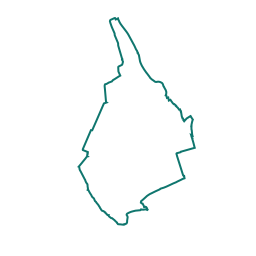 Beek, Limburg, Netherlands (Albers equal-area conic projection), rotated 124°
{"feature_id": "6326949B12958717233979", "entity_name": "Beek", "entity_type": "district", "adm_level": 2, "iso_a3": "NLD", "parent_name": "Netherlands", "parent_adm1": "Limburg", "projection": "albers", "projection_center": [5.806, 50.927], "detail": "fine", "context": "isolated", "style": "outline", "palette": "teal", "viewbox_px": 256, "rotation_deg": 124, "n_neighbors": 0, "source": "geoboundaries", "source_scale": "gbopen_adm2", "svg_char_len": 5233}
<svg xmlns="http://www.w3.org/2000/svg" viewBox="0 0 256 256"><g transform="rotate(124 128 128)"><path d="M72.3,123.4L72.1,123.8L71.8,124.5L71.7,124.7L71.7,125.6L71.8,126.4L71.9,127.0L72.3,128.1L72.6,128.7L73.0,129.2L73.3,129.6L73.7,129.9L74.1,130.5L74.4,131.0L74.5,131.4L74.5,132.1L74.4,133.3L74.4,133.9L74.4,135.4L74.2,136.6L74.1,137.2L74.1,137.5L73.9,137.9L73.6,138.6L72.8,140.8L72.7,141.2L72.1,142.8L72.0,143.3L71.8,143.9L70.8,146.5L70.1,148.2L69.8,148.8L69.2,150.1L68.7,151.2L67.8,152.7L67.1,153.8L66.8,154.3L66.2,155.0L66.0,155.3L61.8,159.4L61.5,159.7L60.4,161.7L60.2,161.8L60.3,162.2L60.1,162.3L59.9,162.5L59.4,163.0L59.3,163.3L59.0,163.7L58.5,164.9L58.2,165.5L56.6,168.1L55.8,169.5L55.2,170.7L50.3,180.1L49.6,181.7L49.1,183.0L48.9,183.6L46.5,190.7L46.2,191.4L45.9,192.3L45.5,193.1L45.0,194.2L44.6,194.8L43.9,195.9L43.8,196.1L43.8,196.3L43.4,196.8L42.7,197.6L43.0,197.8L43.4,197.6L43.6,197.9L43.7,198.0L44.9,198.9L44.2,199.8L44.1,200.1L44.1,200.3L44.3,200.5L45.0,201.0L48.1,202.9L48.5,203.0L48.8,203.0L49.3,202.8L49.6,202.7L51.0,201.1L51.7,200.1L52.7,198.8L53.6,197.5L56.9,192.3L57.2,192.0L57.4,191.7L58.3,191.1L58.7,190.6L63.0,184.0L63.4,183.5L64.8,182.5L65.1,182.2L65.4,181.9L73.2,172.5L73.6,172.0L73.9,171.4L74.0,171.2L74.6,171.3L74.8,171.1L74.8,170.9L75.6,169.6L75.7,169.4L76.0,169.2L76.4,169.0L78.2,168.4L78.7,168.3L78.9,168.3L79.2,168.4L81.8,169.9L82.2,170.1L82.6,170.2L82.8,170.2L83.2,170.0L86.3,167.7L86.6,167.4L86.8,167.1L88.9,163.7L90.5,164.5L95.4,166.6L95.5,166.7L96.9,167.3L98.4,167.4L100.8,169.1L101.0,169.3L102.8,170.1L103.5,170.5L104.0,170.9L104.5,171.4L105.4,171.3L106.0,171.0L106.6,170.6L109.0,168.6L118.3,161.1L118.5,160.9L118.8,160.6L118.8,160.0L121.1,161.7L139.4,158.3L149.9,156.4L150.2,156.9L150.4,157.3L150.5,157.5L170.9,153.6L171.5,153.1L170.4,147.8L171.7,147.1L171.8,147.4L174.0,146.3L174.1,145.6L174.3,145.8L174.8,146.1L175.1,146.1L176.1,146.2L177.3,146.2L177.7,146.3L177.8,146.3L185.6,147.0L187.5,147.2L187.4,146.9L189.5,144.8L189.6,144.6L189.9,144.2L190.4,143.1L194.2,136.1L194.7,135.2L194.9,134.6L195.6,133.8L195.7,133.6L195.9,133.3L196.3,132.7L196.7,131.8L196.9,131.5L197.1,130.8L197.1,130.6L197.6,129.9L198.0,129.6L199.3,128.6L200.5,127.4L201.9,126.8L201.6,126.2L203.0,123.6L204.0,121.3L204.1,121.1L204.3,120.6L204.6,120.2L205.0,119.6L205.1,119.0L205.3,118.5L205.3,117.7L205.4,117.1L205.8,116.3L206.6,115.2L207.0,114.5L207.0,114.4L207.1,113.9L207.1,113.5L207.2,113.1L207.4,112.8L207.6,112.3L207.7,111.9L208.2,110.2L208.5,109.3L209.0,108.3L209.4,107.2L209.6,107.0L209.7,106.8L209.9,106.5L210.0,106.2L210.1,105.8L210.2,105.6L210.6,104.9L211.0,103.7L211.1,103.4L211.0,103.0L210.9,102.6L210.7,102.1L210.7,101.6L210.6,101.0L210.6,100.8L210.7,100.2L210.7,99.8L210.9,99.8L211.4,97.1L211.5,96.1L211.2,95.6L211.3,95.6L211.2,95.4L211.3,95.1L211.5,94.9L211.8,94.6L211.9,94.4L212.0,93.2L212.1,91.5L212.0,91.3L211.7,90.9L211.7,90.7L211.8,89.4L211.9,88.8L211.9,87.9L212.3,86.1L212.4,85.3L212.5,84.8L212.5,84.5L212.6,84.3L212.6,84.2L212.8,84.1L212.9,83.9L213.0,83.5L213.1,83.2L213.2,82.8L213.3,82.5L212.7,81.3L212.5,81.1L212.3,80.7L211.3,78.8L211.0,78.2L210.8,77.8L210.6,77.6L210.3,77.2L209.9,76.9L209.0,76.4L209.0,76.5L208.9,76.4L208.3,76.1L208.1,76.0L207.9,75.9L207.7,75.9L207.1,75.9L206.4,76.2L205.3,76.9L202.0,78.5L201.7,78.9L201.4,79.3L201.3,79.6L201.0,80.3L200.9,80.4L200.6,80.7L200.3,80.8L199.8,80.8L199.5,80.8L198.9,80.5L197.6,79.8L196.2,78.9L195.4,78.3L193.7,76.8L192.7,75.9L192.3,75.5L191.8,74.9L189.5,72.1L189.1,71.7L188.9,71.6L188.6,71.6L188.3,71.7L188.2,71.7L188.1,71.4L187.9,71.1L187.6,70.4L187.4,70.0L187.2,69.8L186.9,69.5L186.9,69.3L186.3,68.7L185.7,68.0L185.5,67.7L185.4,67.2L185.2,66.2L184.7,66.1L184.4,66.8L184.2,67.1L184.0,67.4L183.6,68.0L183.5,68.5L183.4,68.8L183.5,69.0L183.6,69.4L183.6,69.6L183.8,69.8L184.2,70.2L184.3,70.2L184.4,70.3L184.5,70.5L184.4,70.6L184.1,70.9L183.7,71.4L182.9,72.9L182.5,73.6L182.7,74.2L182.8,74.3L182.8,74.6L182.7,75.6L181.4,76.2L178.5,75.4L174.8,74.5L173.9,74.3L172.3,73.7L170.9,73.1L169.9,72.6L169.5,72.3L167.9,71.4L165.1,69.8L161.7,67.7L160.7,67.2L160.3,67.2L160.1,67.1L157.5,65.0L155.6,63.7L154.5,63.0L148.5,59.4L146.1,57.8L144.9,57.2L143.7,56.5L140.3,54.5L139.9,54.4L139.0,53.7L138.1,53.0L136.5,54.5L136.8,54.7L136.3,55.8L136.3,56.0L136.0,56.3L135.9,56.5L135.5,57.0L134.7,58.0L123.8,71.7L123.6,71.9L123.3,72.2L123.1,72.4L123.0,72.6L122.7,73.0L122.1,73.5L121.7,73.5L118.7,70.9L118.2,71.0L107.1,61.6L106.2,62.7L105.6,63.3L105.5,63.5L105.1,63.9L105.0,64.0L103.0,66.3L101.1,68.6L100.9,68.6L100.9,68.8L99.4,70.8L98.9,71.3L98.5,71.8L98.3,70.3L97.7,71.0L97.0,71.6L94.1,74.0L93.9,74.4L92.8,75.2L91.5,76.1L91.1,76.3L91.2,76.5L89.5,77.3L88.0,77.9L87.3,78.2L87.0,78.3L85.8,78.7L84.7,79.0L84.5,79.8L83.2,82.6L83.5,82.7L83.4,83.0L87.3,84.7L91.0,85.2L90.6,86.3L90.1,86.2L89.2,88.3L89.4,88.4L88.2,90.0L84.9,93.1L85.1,93.2L83.5,95.2L84.2,95.8L83.4,98.0L83.3,98.3L83.3,98.7L83.0,100.6L82.6,100.6L82.3,103.0L82.6,103.2L82.5,104.2L82.4,104.7L81.4,107.4L80.9,108.6L82.4,109.5L80.2,111.7L81.3,112.5L79.6,114.5L79.8,115.0L78.9,115.2L78.4,115.4L78.0,115.6L77.4,115.9L76.5,116.6L76.0,117.3L75.7,117.6L75.4,118.1L74.4,120.1L74.1,120.6L73.8,121.3L73.7,121.3L73.6,121.5L73.6,121.8L73.3,122.2L73.2,122.3L73.0,122.6L72.3,123.4Z" fill="none" stroke="#0f766e" stroke-width="2"/></g></svg>